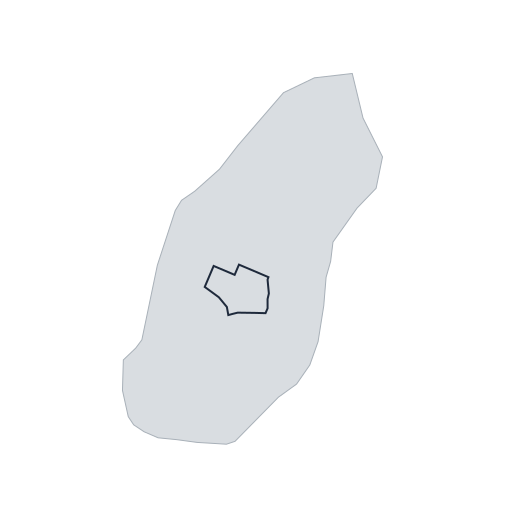 location of 82, Ar Rayyān, Qatar, rotated 23°
{"feature_id": "91078587B69331061466095", "entity_name": "82", "entity_type": "district", "adm_level": 2, "iso_a3": "QAT", "parent_name": "Qatar", "parent_adm1": "Ar Rayyān", "projection": "natural_earth1", "projection_center": [51.205, 25.205], "detail": "fine", "context": "in_parent", "style": "outline", "palette": "slate", "viewbox_px": 512, "rotation_deg": 23, "n_neighbors": 0, "source": "geoboundaries", "source_scale": "gbopen_adm2", "svg_char_len": 859}
<svg xmlns="http://www.w3.org/2000/svg" viewBox="0 0 512 512"><g transform="rotate(23 256 256)"><path d="M274.6,450.6L255.2,455.9L236.9,461.6L221.6,461.5L209.4,459.2L201.2,453.8L185.6,431.9L174.5,403.5L181.3,387.7L183.7,377.8L168.8,303.0L163.9,245.6L165.7,233.8L174.3,220.3L188.5,190.3L196.1,161.5L217.5,94.9L240.1,69.2L273.3,50.4L300.6,87.2L333.7,115.3L340.1,146.7L330.3,172.4L321.4,213.1L326.8,231.8L328.8,248.1L337.8,275.3L346.6,310.6L348.1,335.3L343.4,358.0L331.8,377.2L309.1,434.8L302.3,440.8L274.6,450.6Z" fill="#d9dde1" stroke="#a8b0b8" stroke-width="1"/><path d="M220.9,281.7L220.9,304.5L237.9,308.5L249.1,314.3L253.6,321.2L257.0,318.5L261.3,315.3L277.2,308.8L287.1,304.9L287.1,299.6L283.5,291.2L283.2,289.6L282.5,285.5L275.9,273.3L275.7,270.6L271.5,270.6L243.7,270.6L243.7,281.7L220.9,281.7Z" fill="none" stroke="#1e293b" stroke-width="2"/></g></svg>